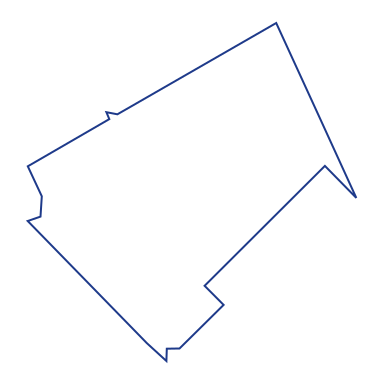 the district of Bleckley, Georgia, United States of America
{"feature_id": "52423323B95908635814983", "entity_name": "Bleckley", "entity_type": "district", "adm_level": 2, "iso_a3": "USA", "parent_name": "United States of America", "parent_adm1": "Georgia", "projection": "mercator", "projection_center": [-83.355, 32.428], "detail": "fine", "context": "isolated", "style": "outline", "palette": "blue", "viewbox_px": 384, "rotation_deg": 0, "n_neighbors": 0, "source": "geoboundaries", "source_scale": "gbopen_adm2", "svg_char_len": 337}
<svg xmlns="http://www.w3.org/2000/svg" viewBox="0 0 384 384"><path d="M27.8,166.3L41.8,196.3L40.5,216.6L27.7,221.0L146.9,343.2L166.4,361.0L166.8,348.7L179.5,348.5L223.6,304.9L204.6,285.8L324.9,165.9L356.3,197.9L319.2,116.7L276.2,23.0L117.4,114.3L106.4,112.2L109.3,119.1L27.8,166.3Z" fill="none" stroke="#1e3a8a" stroke-width="2"/></svg>